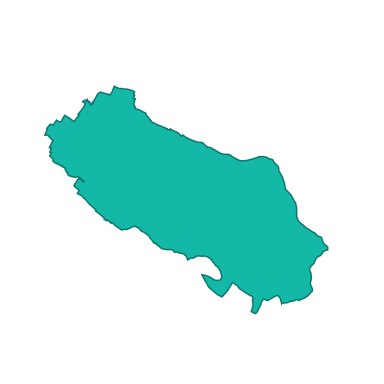 Recea, Brasov, Romania (Equal Earth projection), rotated 305°
{"feature_id": "2599482B10221924688269", "entity_name": "Recea", "entity_type": "district", "adm_level": 2, "iso_a3": "ROU", "parent_name": "Romania", "parent_adm1": "Brasov", "projection": "equal_earth", "projection_center": [24.936, 45.69], "detail": "fine", "context": "isolated", "style": "filled", "palette": "teal", "viewbox_px": 384, "rotation_deg": 305, "n_neighbors": 0, "source": "geoboundaries", "source_scale": "gbopen_adm2", "svg_char_len": 5932}
<svg xmlns="http://www.w3.org/2000/svg" viewBox="0 0 384 384"><g transform="rotate(305 192 192)"><path d="M222.3,336.4L224.7,334.8L225.0,333.9L225.0,331.8L225.4,329.1L226.0,328.2L228.4,325.0L228.9,324.2L229.0,323.2L228.1,320.1L228.8,316.9L228.8,315.9L228.5,313.8L228.2,306.6L229.0,297.0L229.8,294.9L231.9,291.9L239.1,286.7L242.6,282.9L243.0,281.5L246.1,275.3L246.5,274.1L247.9,267.1L248.3,266.5L251.7,263.2L256.2,257.4L259.1,251.1L261.6,249.0L262.0,248.5L263.1,244.5L263.2,242.7L264.4,240.4L264.7,239.5L264.2,237.8L263.3,236.0L263.4,233.8L262.4,231.0L261.6,229.6L259.1,226.6L254.5,223.2L249.1,218.7L245.6,214.2L245.0,212.8L244.2,206.5L244.0,200.7L240.8,196.0L240.8,195.6L240.9,195.2L240.3,194.1L240.1,193.0L239.9,191.8L240.1,191.6L239.4,190.6L239.7,190.1L239.5,188.5L239.7,187.7L239.7,187.0L239.5,186.6L239.2,185.5L239.4,185.1L239.1,183.9L239.2,182.3L238.9,181.3L237.9,179.7L237.9,178.8L237.4,178.2L237.7,177.4L238.1,174.8L238.3,174.2L238.4,173.4L238.2,171.7L237.9,170.9L236.2,168.4L235.5,166.2L234.2,161.3L234.0,160.0L233.7,158.9L233.6,156.6L233.2,156.5L233.4,151.6L231.5,151.5L231.6,149.8L232.0,149.7L232.4,146.9L232.3,145.3L232.0,143.6L231.5,141.8L231.4,140.7L231.3,138.1L230.1,138.5L229.9,138.2L229.9,137.7L229.5,136.6L228.8,135.4L229.5,135.2L227.8,127.2L227.6,125.8L226.9,125.0L227.0,124.2L226.9,123.8L227.0,123.6L227.0,122.8L226.2,119.7L228.3,112.7L228.3,112.2L228.6,111.3L230.1,108.4L230.1,108.1L229.7,107.3L229.2,102.8L229.0,101.3L228.0,98.7L228.0,98.3L228.4,96.5L228.8,96.9L229.1,96.4L229.6,95.5L230.0,94.9L229.9,94.3L234.5,92.4L235.9,92.0L235.1,90.1L238.0,89.7L237.9,88.7L238.1,88.4L239.1,88.4L239.2,87.6L241.0,87.6L241.0,85.7L240.8,84.6L239.0,79.7L238.6,79.1L237.5,77.6L236.6,75.5L236.0,74.3L235.4,73.6L235.0,72.7L234.5,71.3L234.0,67.7L227.8,69.2L224.5,69.2L224.6,68.6L224.4,68.4L223.9,68.3L223.7,67.8L223.9,67.2L223.6,66.1L223.4,65.5L223.4,65.3L223.1,64.7L222.8,64.3L222.5,63.5L222.5,63.1L221.7,61.2L221.7,60.8L221.7,60.1L218.6,58.5L212.9,59.2L210.7,59.2L208.3,59.0L207.8,60.3L206.0,59.5L206.4,59.2L205.7,58.8L206.2,58.7L206.4,57.9L206.7,57.5L206.5,56.6L207.2,56.3L207.2,55.7L206.3,55.6L206.5,54.9L206.4,54.3L207.0,54.2L207.7,53.0L206.2,53.1L206.2,51.9L203.4,50.5L203.1,51.1L203.6,53.7L197.5,54.8L197.2,54.5L193.4,54.5L192.6,54.1L190.1,54.1L190.0,55.6L186.7,55.0L184.9,55.1L181.9,55.0L182.1,52.4L182.1,48.1L181.8,45.5L181.9,43.7L174.1,44.4L173.3,42.9L173.2,39.8L167.1,39.9L166.5,37.3L165.1,36.9L164.9,36.8L161.0,36.6L159.7,37.3L159.2,37.8L157.2,38.2L154.2,38.9L155.9,41.1L155.9,41.3L155.6,41.9L154.5,46.9L154.8,48.4L146.5,49.8L147.4,51.3L142.9,52.8L143.3,54.5L140.0,54.7L139.4,59.1L137.7,60.2L137.6,61.6L137.4,62.0L137.4,62.4L137.1,62.9L137.4,63.4L137.5,63.8L137.8,64.1L137.8,64.3L137.6,64.9L137.6,65.4L138.3,66.6L138.2,67.0L137.9,67.4L138.0,67.6L138.3,67.8L138.5,68.1L138.4,68.5L138.5,68.8L138.5,69.1L138.4,69.4L138.4,69.8L138.2,70.2L138.3,70.4L138.8,70.9L138.8,71.1L138.5,72.1L138.3,72.2L138.3,72.4L138.8,72.7L138.9,74.2L138.6,74.3L137.9,75.0L138.0,75.4L137.6,75.8L137.4,76.6L136.7,76.8L136.7,77.4L136.5,78.1L136.4,78.2L136.1,78.2L136.0,78.4L136.1,79.3L135.8,80.3L135.5,80.4L135.1,80.3L134.8,82.4L135.3,83.0L135.5,83.4L135.4,84.1L135.4,84.3L135.9,84.6L136.3,85.0L136.3,85.4L136.1,85.6L136.1,86.0L136.4,86.7L137.5,88.0L137.7,88.7L139.1,89.5L139.3,90.2L139.3,91.4L139.1,92.7L139.0,95.2L138.8,95.5L138.9,96.0L138.9,96.4L138.6,96.9L139.0,97.4L139.0,97.8L138.5,97.8L137.9,96.8L138.3,96.9L138.5,96.7L138.2,96.7L138.4,95.4L138.4,94.9L138.4,94.7L138.4,93.7L138.0,91.3L129.5,91.6L129.2,92.6L128.8,95.2L129.0,95.6L128.6,98.6L125.0,99.0L125.2,100.5L125.3,102.0L125.6,102.5L125.7,103.6L125.5,104.9L124.9,107.0L124.5,110.4L123.2,114.5L123.1,116.2L122.1,123.6L122.0,123.8L121.2,123.8L120.7,132.2L120.5,133.5L120.4,135.1L119.3,135.5L119.4,138.4L120.7,138.4L120.3,141.9L120.0,143.7L121.1,143.8L120.4,149.6L120.6,156.4L120.9,156.4L121.8,157.1L124.3,160.4L129.6,163.4L130.7,164.4L131.4,164.7L131.4,166.8L131.8,168.1L131.7,170.4L131.0,172.0L130.9,173.6L131.5,175.6L131.3,180.3L131.4,181.8L129.9,184.6L129.5,187.4L128.3,189.9L128.6,190.1L128.7,190.8L129.1,192.0L128.7,192.6L129.0,193.1L128.5,194.8L128.7,196.0L128.2,199.3L129.4,202.6L131.1,205.6L132.5,207.2L133.3,209.1L133.4,210.3L132.8,211.7L132.7,212.4L134.4,214.4L134.6,216.2L136.3,219.7L136.4,220.5L136.3,223.3L135.4,225.5L134.0,226.9L133.9,227.5L137.3,228.9L138.0,230.2L138.6,231.1L141.7,232.3L143.7,234.3L144.5,236.1L147.2,239.8L147.8,242.6L147.9,245.9L146.8,248.8L146.0,251.8L145.4,253.1L145.2,256.2L144.3,259.1L143.2,260.9L140.7,264.2L138.5,265.6L135.9,265.3L134.6,264.2L133.0,261.5L132.8,260.2L132.4,254.5L131.2,250.4L129.9,247.7L127.3,252.5L125.2,257.4L123.9,259.5L123.1,263.9L123.2,265.0L122.7,268.8L122.6,273.0L123.3,276.7L125.0,277.0L130.4,277.6L133.8,277.7L135.7,277.3L139.1,277.4L140.6,277.0L141.5,277.6L141.2,280.1L141.2,283.5L140.3,285.0L140.1,288.0L140.5,298.4L141.1,301.1L140.5,302.5L137.8,303.8L134.7,306.8L128.1,309.2L128.3,311.9L128.9,313.8L131.1,314.2L138.1,313.1L141.4,312.2L144.9,311.8L145.7,312.7L146.0,315.1L146.7,316.5L151.7,318.6L156.0,320.9L156.3,322.1L156.3,322.9L155.3,325.5L152.0,329.4L152.4,329.3L152.8,329.5L153.0,330.2L153.3,330.7L154.1,331.1L154.5,331.4L155.0,332.6L155.5,333.1L157.5,334.6L158.1,334.9L159.2,335.1L159.3,335.2L159.3,336.0L159.7,336.7L160.8,337.1L161.5,338.1L163.1,338.8L163.8,339.4L164.2,339.9L164.5,341.8L164.8,342.2L165.1,342.4L166.5,342.7L167.9,343.9L168.9,344.5L169.6,345.0L170.6,345.0L172.0,346.0L173.4,346.4L174.7,346.5L177.0,347.0L177.9,346.8L179.4,347.4L180.4,347.1L181.2,346.5L181.8,346.2L182.7,344.4L183.6,343.0L184.3,342.0L184.7,341.7L185.8,340.9L189.7,339.4L190.2,338.9L191.5,338.0L192.6,336.8L193.7,336.0L194.6,334.2L195.8,332.9L196.4,332.5L197.6,332.1L200.6,332.2L201.7,332.4L202.7,332.8L203.8,332.8L205.2,332.3L206.7,332.3L208.2,331.8L209.9,331.9L211.4,332.3L213.4,333.5L213.9,333.7L214.7,333.8L218.5,333.7L219.2,334.0L221.1,335.2L221.9,335.9L222.3,336.4Z" fill="#14b8a6" stroke="#0f766e" stroke-width="1.5"/></g></svg>